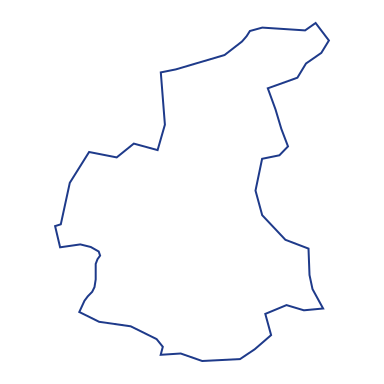 map outline of Kandavas (orthographic projection)
{"feature_id": "LVA-5765", "entity_name": "Kandavas", "entity_type": "Municipality", "adm_level": 1, "iso_a3": "LVA", "parent_name": "Latvia", "parent_adm1": "", "projection": "orthographic", "projection_center": [22.707, 56.973], "detail": "fine", "context": "isolated", "style": "outline", "palette": "blue", "viewbox_px": 384, "rotation_deg": 0, "n_neighbors": 0, "source": "natural_earth", "source_scale": "10m", "svg_char_len": 827}
<svg xmlns="http://www.w3.org/2000/svg" viewBox="0 0 384 384"><path d="M60.1,247.3L55.1,226.1L60.8,224.3L69.8,182.8L89.1,152.0L116.7,157.4L133.8,143.6L157.6,150.1L164.9,124.7L160.8,72.4L175.8,69.4L224.6,55.0L242.0,41.5L246.6,36.2L249.9,31.0L262.3,27.6L305.1,30.4L315.6,23.0L328.9,40.5L321.3,52.9L306.0,63.5L297.4,77.7L267.8,88.3L275.5,109.4L281.3,128.8L288.0,146.4L279.4,155.3L262.1,158.8L255.5,190.6L262.2,215.2L285.4,239.8L308.5,248.6L309.5,275.0L312.5,289.1L323.1,308.5L303.9,310.3L286.5,305.1L265.3,313.9L271.1,335.1L254.8,349.2L240.0,359.1L202.2,361.0L180.7,353.5L160.7,354.8L162.8,346.8L156.6,339.1L130.7,326.3L99.1,321.8L79.3,312.0L84.5,300.7L87.8,296.3L92.2,291.8L94.5,287.1L95.7,279.4L95.7,263.9L97.5,259.2L100.1,255.6L98.7,251.5L90.8,247.0L80.3,244.4L60.1,247.3Z" fill="none" stroke="#1e3a8a" stroke-width="2"/></svg>